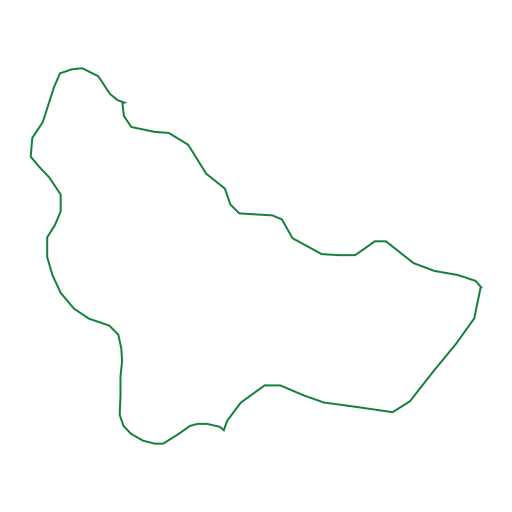 Mogila, Mercator projection
{"feature_id": "MKD-2945", "entity_name": "Mogila", "entity_type": "Statistical Region", "adm_level": 1, "iso_a3": "MKD", "parent_name": "North Macedonia", "parent_adm1": "", "projection": "mercator", "projection_center": [21.416, 41.17], "detail": "fine", "context": "isolated", "style": "outline", "palette": "green", "viewbox_px": 512, "rotation_deg": 0, "n_neighbors": 0, "source": "natural_earth", "source_scale": "10m", "svg_char_len": 1069}
<svg xmlns="http://www.w3.org/2000/svg" viewBox="0 0 512 512"><path d="M82.4,68.3L98.2,76.2L110.1,94.1L117.5,100.1L124.3,102.6L122.4,103.1L123.9,116.0L131.3,127.0L154.6,131.9L168.7,132.9L188.2,144.8L206.2,173.7L224.9,188.6L230.4,204.5L239.3,213.4L255.8,214.4L272.3,215.4L281.9,219.4L292.5,238.2L321.6,254.1L338.1,255.1L355.2,255.1L366.5,247.2L374.7,241.3L385.9,241.3L413.5,263.1L434.6,271.0L457.7,275.0L475.6,280.9L481.3,287.5L480.5,288.1L474.2,318.5L455.8,344.1L433.8,370.8L409.9,401.3L392.6,412.2L359.6,407.4L323.8,402.5L303.2,395.2L280.2,385.4L264.6,385.4L240.9,402.5L227.1,420.8L223.8,430.2L220.0,426.9L207.3,423.9L197.5,423.9L190.0,425.9L178.8,433.8L163.1,443.7L154.9,443.7L143.0,440.7L131.0,433.8L123.5,425.9L119.7,414.9L120.5,395.1L120.5,376.2L122.1,361.3L121.3,348.5L118.3,334.6L109.3,325.6L89.0,318.7L74.1,308.8L60.7,292.9L52.4,275.0L47.2,257.1L47.2,237.3L54.8,225.3L60.7,211.4L60.7,194.6L49.4,177.6L47.2,175.2L39.1,166.7L30.7,156.7L32.3,137.9L42.8,122.0L54.0,87.2L60.0,73.3L71.9,69.3L78.7,68.6L82.4,68.3Z" fill="none" stroke="#15803d" stroke-width="2"/></svg>